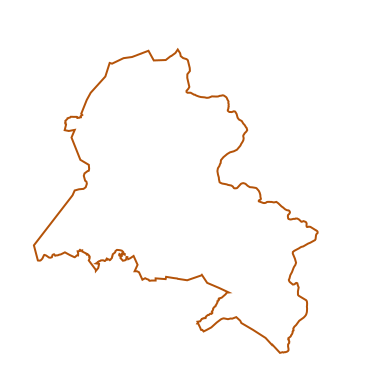 Santa Catarina, San Luis Potosí, Mexico, rotated 284°
{"feature_id": "50627088B21714433224549", "entity_name": "Santa Catarina", "entity_type": "district", "adm_level": 2, "iso_a3": "MEX", "parent_name": "Mexico", "parent_adm1": "San Luis Potosí", "projection": "mercator", "projection_center": [-99.419, 21.575], "detail": "fine", "context": "isolated", "style": "outline", "palette": "amber", "viewbox_px": 384, "rotation_deg": 284, "n_neighbors": 0, "source": "geoboundaries", "source_scale": "gbopen_adm2", "svg_char_len": 5928}
<svg xmlns="http://www.w3.org/2000/svg" viewBox="0 0 384 384"><g transform="rotate(284 192 192)"><path d="M126.8,317.4L128.9,316.3L129.1,315.5L128.6,314.6L128.0,314.4L127.1,313.5L126.6,312.3L128.2,308.9L128.7,308.2L129.7,307.4L130.3,307.2L131.6,307.5L135.0,307.5L138.5,308.4L142.8,308.9L144.3,309.2L146.1,309.9L148.5,310.1L152.2,308.0L156.6,304.7L158.2,304.4L159.7,305.5L163.2,309.4L164.3,310.4L165.2,311.4L166.1,313.1L170.1,317.2L171.3,318.9L175.1,323.0L176.2,323.3L180.1,322.8L181.1,322.9L182.7,323.8L183.9,323.4L184.4,322.8L186.8,315.3L186.6,313.7L186.2,313.0L185.9,312.2L186.0,311.8L186.8,311.3L189.3,310.8L190.3,309.9L190.6,308.7L190.7,307.2L189.7,305.8L189.6,305.3L191.3,302.3L191.7,300.5L191.3,298.9L190.8,298.4L190.5,297.0L189.4,294.9L189.1,293.9L189.2,292.2L189.8,291.6L191.9,290.8L193.0,290.8L194.2,291.6L195.6,292.0L196.2,291.9L197.3,290.9L197.5,290.0L197.3,288.7L197.7,286.7L199.2,283.7L199.6,282.5L201.9,278.5L202.8,276.3L201.7,274.0L201.6,271.6L200.8,268.0L200.4,267.1L199.3,266.1L198.7,264.7L198.6,263.8L199.1,259.1L199.9,258.9L200.2,259.1L201.4,260.4L201.7,260.5L202.1,260.5L203.7,259.6L205.7,259.0L207.9,257.7L209.4,256.4L211.2,253.8L211.4,253.0L211.1,249.3L210.7,246.9L211.5,244.4L212.7,242.3L213.0,241.2L213.0,239.5L212.3,238.2L211.7,237.5L206.9,234.9L206.5,234.4L205.9,232.8L205.9,231.8L207.3,230.1L207.8,228.5L207.6,225.1L207.8,224.0L207.7,221.8L207.5,219.3L207.8,217.3L208.2,216.4L210.8,215.1L212.6,214.5L215.2,213.0L218.4,211.6L221.3,211.4L224.0,212.3L225.8,212.4L226.9,212.8L229.9,212.4L233.3,214.0L237.4,217.0L239.7,219.3L241.6,222.7L243.9,225.4L248.8,227.8L250.2,228.0L253.2,229.0L254.8,229.3L256.8,229.1L258.3,228.3L259.3,228.1L261.8,228.9L263.8,230.1L265.4,230.6L267.4,229.5L267.7,228.9L269.7,226.9L270.8,225.2L272.9,223.1L273.7,220.0L275.1,218.3L278.5,216.4L280.3,214.6L280.5,214.2L280.4,213.0L279.2,211.3L278.7,209.0L278.9,208.2L279.5,207.1L280.2,206.9L282.0,207.1L282.5,206.9L283.8,207.0L284.3,206.6L285.6,206.5L286.8,206.0L287.1,205.7L288.7,205.5L289.6,204.7L290.3,203.9L291.1,203.5L292.2,202.4L292.9,200.7L293.3,199.5L293.3,198.5L292.4,196.8L292.1,195.8L291.0,194.2L290.5,192.6L289.6,188.2L287.7,185.6L287.1,184.1L286.9,183.1L286.9,181.5L286.3,177.7L286.3,175.7L286.6,172.8L287.1,171.2L286.9,170.5L288.0,166.7L287.2,163.6L287.7,162.5L288.8,162.2L291.3,163.5L293.3,164.0L301.6,159.8L305.1,159.0L308.9,160.7L311.8,159.8L318.8,156.1L319.6,154.6L319.8,151.0L321.1,148.2L323.8,146.9L326.8,143.7L322.9,142.3L318.9,139.0L318.6,138.4L313.7,134.6L310.4,123.1L318.5,115.6L308.5,101.2L305.3,93.2L297.2,83.4L297.3,80.9L283.1,80.0L263.8,69.7L255.8,67.6L241.1,65.6L240.2,66.9L238.7,65.7L237.7,66.1L237.5,65.4L236.9,65.0L236.9,64.4L236.2,63.3L236.1,62.8L237.0,62.3L237.0,61.9L235.6,56.1L234.9,55.8L233.5,53.5L233.2,53.6L230.3,51.9L229.2,52.5L228.9,52.5L228.8,52.2L228.3,52.2L227.5,52.7L227.3,53.4L226.6,53.5L221.2,53.5L221.4,57.7L223.9,63.2L215.7,61.9L196.2,75.9L193.4,85.3L189.6,86.6L187.7,86.7L187.3,86.2L187.1,85.7L184.0,83.2L181.5,83.1L177.1,85.6L176.6,86.9L176.1,87.3L174.5,88.0L170.9,87.7L168.8,86.0L167.3,81.7L165.1,77.8L159.9,76.9L102.0,51.5L88.3,59.0L88.4,60.2L88.7,61.2L89.2,61.8L91.1,62.9L95.0,63.7L95.3,64.1L95.1,65.8L93.8,69.2L94.0,70.5L94.8,71.8L97.0,71.9L97.9,72.6L98.2,73.3L97.1,74.7L97.6,75.5L98.1,77.1L98.9,78.1L99.8,79.9L102.7,83.3L101.2,89.0L100.3,93.7L100.4,94.1L102.8,95.8L102.9,96.8L104.6,96.5L106.8,95.4L107.5,97.3L108.5,97.1L108.8,97.3L108.3,98.5L108.8,99.6L107.7,99.9L106.6,104.8L106.0,104.8L105.8,105.1L106.4,105.8L105.5,107.0L105.5,107.5L105.0,107.9L104.1,108.0L104.1,108.5L102.5,108.7L100.6,108.4L93.2,117.5L92.2,117.8L95.5,119.4L99.4,119.3L99.8,119.2L99.5,116.2L99.7,116.4L100.0,116.8L101.5,117.7L101.7,118.2L102.4,118.6L103.0,119.7L103.6,120.2L104.2,122.1L104.2,123.0L103.9,123.7L104.0,124.2L105.2,125.0L106.8,125.4L106.6,126.4L106.0,126.6L106.4,127.4L106.4,128.3L106.0,128.7L106.2,129.0L108.8,130.3L110.4,130.1L110.6,130.3L112.4,130.2L114.8,132.0L116.1,132.0L117.6,133.1L117.8,133.8L118.1,136.1L118.1,138.1L117.2,139.7L116.3,139.8L115.6,141.8L114.9,141.9L115.2,139.0L113.5,139.3L114.3,136.6L113.4,136.5L112.8,136.8L112.2,138.8L110.7,138.5L108.6,141.6L109.5,143.5L110.5,144.4L113.1,144.2L113.2,145.0L112.0,145.2L111.8,146.4L111.5,146.5L112.7,148.0L115.8,150.8L108.2,156.8L101.2,155.5L101.8,157.8L101.3,160.0L94.9,165.1L97.0,167.4L96.6,169.2L96.4,171.2L95.8,171.7L95.6,172.4L96.4,174.4L97.3,178.1L99.4,177.6L101.1,187.5L103.4,187.4L104.1,195.4L104.5,198.6L104.3,199.0L105.2,208.7L113.3,221.2L114.0,221.6L107.5,228.7L105.4,241.8L103.4,252.0L102.7,250.0L101.0,249.4L96.7,246.4L96.2,245.7L96.0,245.1L95.5,244.8L95.3,244.0L95.0,243.8L94.2,244.2L93.8,243.9L93.6,244.1L92.5,243.6L92.2,243.1L90.8,243.4L90.1,243.1L88.4,242.8L87.8,242.4L87.3,242.5L86.7,242.4L86.2,241.7L84.1,240.7L83.4,240.9L81.7,240.7L80.9,240.2L79.6,241.0L79.2,240.9L79.1,240.6L78.4,240.2L78.4,239.2L76.7,238.0L76.6,237.3L75.8,236.6L74.5,235.7L73.6,235.6L73.3,235.8L73.0,235.7L73.0,235.0L72.6,234.8L72.3,233.5L71.7,233.2L71.2,232.2L68.5,231.2L67.5,228.8L66.9,229.4L65.7,229.0L65.8,229.9L61.8,233.2L60.5,234.0L60.4,234.5L60.7,235.4L59.5,237.0L62.0,239.9L65.3,243.5L71.4,247.6L75.5,250.9L76.5,252.2L77.1,253.4L77.3,257.7L78.6,260.1L78.8,261.6L81.3,265.2L78.8,269.9L76.8,271.6L73.0,284.5L68.2,298.7L62.9,306.7L63.3,306.9L57.2,316.3L58.5,318.7L58.4,319.6L59.1,320.8L59.2,321.5L60.3,323.1L61.1,323.7L61.9,323.9L63.1,323.6L65.6,322.5L66.8,322.3L67.4,322.1L69.0,322.8L69.5,322.6L69.9,322.7L70.4,322.6L70.8,322.4L71.2,321.8L71.8,321.8L72.3,321.6L72.3,321.3L72.5,321.0L72.9,321.2L73.5,320.9L75.6,322.6L76.6,322.9L76.9,322.8L78.2,323.4L79.5,323.6L80.3,323.6L80.6,323.4L81.6,323.5L81.9,323.9L82.5,324.0L82.7,323.7L84.2,323.3L85.1,323.7L85.9,323.8L88.1,325.2L93.0,327.2L97.1,330.7L99.0,331.8L100.6,332.4L102.3,332.5L103.4,332.5L106.6,331.9L108.6,331.2L109.6,331.1L111.9,330.6L113.7,329.9L114.6,329.0L117.1,320.8L117.6,320.0L117.9,319.7L121.3,318.8L125.2,318.6L126.8,317.4Z" fill="none" stroke="#b45309" stroke-width="2"/></g></svg>